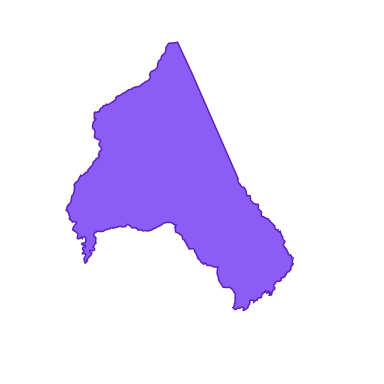 Araguaçu, Tocantins, Brazil, rotated 213°
{"feature_id": "56859067B84817791137165", "entity_name": "Araguaçu", "entity_type": "district", "adm_level": 2, "iso_a3": "BRA", "parent_name": "Brazil", "parent_adm1": "Tocantins", "projection": "natural_earth1", "projection_center": [-49.734, -12.841], "detail": "fine", "context": "isolated", "style": "filled", "palette": "violet", "viewbox_px": 384, "rotation_deg": 213, "n_neighbors": 0, "source": "geoboundaries", "source_scale": "gbopen_adm2", "svg_char_len": 5991}
<svg xmlns="http://www.w3.org/2000/svg" viewBox="0 0 384 384"><g transform="rotate(213 192 192)"><path d="M287.8,108.3L286.8,108.3L285.9,107.6L284.2,107.6L282.8,105.9L281.2,105.0L280.5,104.3L280.7,103.2L279.9,102.4L279.2,102.1L278.4,102.7L277.4,102.6L276.1,101.5L273.4,103.8L272.6,103.7L272.0,103.2L272.2,102.0L272.1,99.9L272.4,98.1L272.0,97.2L271.9,96.1L271.5,95.4L269.7,95.1L268.8,95.5L265.0,94.8L264.1,93.9L264.1,92.8L262.9,90.6L262.1,90.6L260.7,92.0L260.3,93.9L258.6,93.1L258.7,95.1L258.1,95.9L257.2,96.1L256.6,95.7L255.5,94.7L253.8,91.9L254.8,90.3L256.3,89.1L256.1,88.2L254.7,88.0L253.3,88.9L252.4,89.1L251.5,88.2L253.0,86.8L253.3,86.0L252.9,84.9L252.0,84.0L250.4,83.7L249.9,83.1L250.1,82.1L250.6,81.2L250.2,80.5L247.9,82.0L247.1,81.7L246.6,80.9L246.4,80.0L246.4,77.4L243.7,74.5L242.7,74.3L242.4,76.5L242.1,77.4L242.9,77.6L243.6,78.1L243.1,79.3L243.0,82.2L242.5,83.0L242.4,83.8L242.6,85.6L243.0,86.4L245.1,86.2L245.8,87.2L245.2,88.2L243.6,88.3L242.5,89.4L242.2,90.3L242.9,91.5L245.2,92.2L244.9,94.2L245.1,96.1L244.7,96.9L245.1,97.5L245.8,97.8L247.6,101.2L248.5,101.6L250.6,101.7L251.2,102.6L251.3,105.2L250.6,106.0L249.8,107.8L247.5,108.7L246.9,109.4L246.0,109.9L245.1,110.7L244.6,111.7L244.5,112.9L243.3,113.6L242.0,115.4L240.6,116.8L240.2,118.0L239.4,118.6L238.3,118.6L237.2,120.4L235.8,121.2L234.5,123.5L232.6,124.5L230.9,125.0L229.7,126.4L229.0,126.6L228.6,129.6L225.7,130.0L223.2,129.2L221.6,129.9L221.1,130.6L220.0,130.8L219.3,131.7L216.8,130.6L213.7,132.7L211.9,132.6L210.9,133.8L210.2,134.0L209.5,134.6L207.7,135.2L204.9,138.5L204.7,139.5L202.7,142.2L202.6,143.2L201.1,145.3L199.8,147.6L198.9,150.1L197.7,151.8L197.0,152.2L196.5,152.9L192.5,155.2L190.4,155.1L189.7,154.8L187.3,155.6L187.0,152.7L186.3,152.9L185.7,152.3L185.2,150.8L183.9,149.5L180.7,150.2L179.8,150.2L178.9,149.7L177.9,150.1L177.0,150.0L174.0,147.5L172.1,147.4L171.2,146.8L169.5,146.3L169.1,145.7L167.7,145.2L167.3,144.5L165.7,144.2L163.8,142.8L163.2,142.7L162.5,143.1L160.9,144.8L160.2,145.1L159.2,145.0L158.4,144.7L157.2,143.4L154.6,142.4L152.8,140.9L151.4,140.5L151.3,139.7L149.8,139.2L147.8,139.1L146.3,138.1L143.2,137.8L142.6,138.1L143.0,139.0L142.4,139.6L141.5,139.5L139.8,138.7L139.0,138.9L135.6,140.8L133.6,140.8L132.6,141.2L130.2,142.5L129.7,143.1L126.9,137.9L125.7,136.4L124.2,135.6L121.7,132.7L119.6,131.6L115.9,130.1L115.2,129.4L113.7,129.1L108.2,132.6L105.3,132.3L103.1,131.4L101.8,130.5L100.3,130.4L98.7,127.6L98.4,126.7L96.9,125.4L96.6,123.9L95.5,122.4L95.7,121.6L94.7,119.9L94.7,117.2L91.8,116.9L91.0,117.6L90.8,119.3L89.3,120.0L87.4,122.5L86.4,122.9L85.7,123.0L85.2,122.4L84.7,120.7L84.0,120.9L82.5,124.1L82.2,126.2L82.9,127.1L82.6,129.2L83.8,131.7L84.1,133.1L83.3,133.7L82.3,133.9L81.3,134.8L80.1,133.3L79.9,134.6L79.2,136.3L78.4,136.6L78.9,139.0L77.3,140.2L76.6,141.2L76.6,142.1L77.8,144.1L76.3,147.8L76.9,148.6L76.1,149.2L74.4,147.9L73.8,148.6L73.9,150.4L73.2,150.5L72.9,149.2L71.9,149.0L71.5,150.2L70.7,150.3L70.5,149.5L70.9,147.6L69.5,148.7L69.5,149.6L70.5,152.4L70.3,154.8L69.7,155.5L70.7,157.0L71.4,156.9L72.9,158.6L72.5,159.8L72.7,160.6L72.1,163.3L70.1,164.9L69.1,166.5L70.5,168.4L70.0,169.1L69.2,169.4L68.8,170.1L68.9,170.9L68.1,171.4L68.0,172.2L68.5,172.7L68.1,174.1L68.6,175.7L68.3,176.8L67.3,178.0L67.0,180.5L67.1,181.5L68.0,182.2L68.2,184.4L67.8,186.0L68.2,186.9L68.9,186.4L71.0,190.3L71.2,191.5L71.8,190.8L72.6,191.1L73.2,192.3L74.3,192.4L75.2,192.9L76.0,192.2L76.9,192.2L77.6,192.5L78.1,193.3L78.9,193.7L80.6,194.3L80.9,195.1L81.5,195.5L82.9,195.2L83.4,196.0L84.8,196.4L86.8,197.5L87.0,201.0L87.6,201.4L89.9,201.8L90.9,202.5L91.6,204.0L93.0,203.9L93.8,205.1L94.4,205.3L96.7,207.1L96.9,206.0L98.1,205.9L99.2,207.1L99.9,206.6L101.9,206.3L102.9,207.0L103.3,207.7L104.2,208.6L108.8,209.6L109.9,209.4L110.6,210.2L112.2,210.3L113.5,211.0L114.7,210.5L119.5,210.0L120.3,209.6L121.0,209.9L121.6,210.6L122.5,212.7L124.0,213.6L126.3,213.7L127.3,214.2L128.6,215.9L128.9,217.1L130.2,217.6L132.2,216.4L133.3,216.4L134.1,215.9L135.2,216.0L135.9,216.5L137.1,216.5L138.5,217.2L140.8,220.2L141.6,220.5L144.0,218.8L147.9,222.9L149.7,223.6L150.5,224.3L152.5,223.6L153.5,223.6L155.0,224.1L155.8,224.7L157.0,224.8L159.5,226.0L160.3,227.0L160.3,228.1L256.9,291.6L285.6,309.7L289.6,306.2L291.9,304.6L292.4,304.1L292.6,303.2L292.5,298.8L291.4,297.3L290.7,295.1L290.4,292.9L291.1,291.8L291.4,290.2L291.5,288.9L290.7,287.5L290.5,286.6L290.6,285.5L291.3,283.7L290.7,281.3L289.2,278.1L289.0,276.9L289.5,274.2L291.2,271.8L291.9,270.5L292.0,269.7L291.5,267.2L290.3,266.5L289.2,265.2L289.1,263.1L290.0,260.6L290.9,259.5L291.9,256.9L292.8,254.7L293.0,253.3L295.0,250.5L295.8,250.1L296.6,249.3L298.4,246.7L298.8,245.1L300.7,243.4L301.7,241.2L302.3,238.9L303.7,237.2L304.3,235.3L305.6,232.8L306.6,232.3L307.3,229.6L306.5,229.0L306.6,226.8L309.6,220.1L310.4,219.0L311.6,219.1L311.7,217.5L312.2,216.9L313.0,216.4L313.3,215.3L313.3,213.8L314.1,212.8L314.2,210.3L313.7,209.6L313.5,208.7L314.6,208.2L315.5,206.8L316.7,206.4L317.0,205.1L316.4,204.3L316.2,203.5L315.5,203.1L314.9,202.1L314.5,201.1L313.8,201.2L313.7,200.3L312.5,200.8L312.4,199.6L312.8,196.9L311.6,193.7L310.2,191.5L308.2,191.4L307.7,190.6L306.7,190.4L305.9,189.7L305.9,188.9L305.2,188.3L305.0,187.3L304.3,185.7L303.2,184.6L302.6,185.1L301.8,184.7L299.4,184.8L297.9,185.4L297.0,185.4L296.5,184.7L296.3,181.8L295.5,181.1L295.2,180.4L292.9,180.1L290.8,178.2L290.9,177.3L291.5,176.4L291.6,174.9L290.7,173.3L290.8,172.3L289.9,171.9L289.3,171.0L289.5,170.2L289.5,169.1L290.6,167.7L290.2,165.9L291.1,163.6L291.0,162.6L290.1,160.0L290.4,159.1L290.4,158.1L290.9,157.5L290.8,155.8L291.3,154.0L290.4,151.8L291.8,150.5L291.8,149.5L292.2,148.7L292.7,146.5L293.1,145.8L293.7,145.1L294.4,145.3L293.8,139.0L294.7,136.9L294.5,135.8L294.9,135.1L294.8,133.8L294.2,133.0L293.4,133.1L292.9,132.4L292.9,131.4L292.3,130.5L292.1,129.7L291.2,128.9L290.3,125.1L290.6,123.0L290.0,122.0L289.2,119.8L288.5,118.8L288.5,117.8L288.1,116.8L288.0,115.8L288.9,114.1L288.2,113.7L288.8,111.9L288.5,110.8L287.3,109.2L287.8,108.3Z" fill="#8b5cf6" stroke="#5b21b6" stroke-width="1.5"/></g></svg>